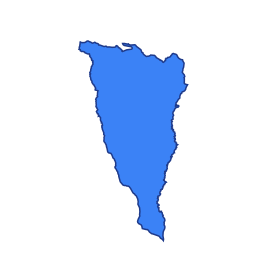 Brezoi, Vâlcea, Romania (Mercator projection), rotated 205°
{"feature_id": "2599482B31107068375666", "entity_name": "Brezoi", "entity_type": "district", "adm_level": 2, "iso_a3": "ROU", "parent_name": "Romania", "parent_adm1": "Vâlcea", "projection": "mercator", "projection_center": [24.205, 45.404], "detail": "fine", "context": "isolated", "style": "filled", "palette": "blue", "viewbox_px": 256, "rotation_deg": 205, "n_neighbors": 0, "source": "geoboundaries", "source_scale": "gbopen_adm2", "svg_char_len": 5757}
<svg xmlns="http://www.w3.org/2000/svg" viewBox="0 0 256 256"><g transform="rotate(205 128 128)"><path d="M194.3,191.7L195.2,190.6L196.2,189.8L198.3,190.1L198.9,189.9L201.0,190.0L201.9,189.4L202.8,187.7L203.8,186.9L206.0,185.8L207.6,185.8L207.4,184.8L206.8,183.7L206.8,183.0L206.2,181.6L206.4,180.8L205.7,179.5L205.7,178.6L204.3,178.8L203.9,177.9L202.4,177.7L201.3,178.3L199.5,178.5L198.9,178.0L195.9,178.1L194.3,178.8L193.9,178.0L193.3,177.8L192.9,176.8L190.5,175.5L190.0,175.0L190.0,174.5L189.5,174.3L189.3,173.9L188.4,174.1L188.3,173.7L187.7,173.1L187.8,172.6L187.3,172.1L186.7,170.8L187.0,169.7L186.8,168.8L187.1,168.1L186.9,167.4L186.5,166.8L186.6,165.6L186.2,164.8L186.0,163.9L185.9,163.0L186.1,162.2L185.5,161.5L185.0,161.3L185.3,161.0L185.0,160.6L185.1,160.3L184.6,160.0L184.4,158.8L183.6,158.4L182.0,156.0L180.5,155.2L179.9,154.0L177.6,152.6L176.7,152.5L176.5,152.1L174.1,150.4L174.2,149.4L173.8,148.6L171.0,149.1L170.5,147.0L169.6,144.9L169.6,144.3L168.8,143.6L169.4,142.0L169.4,140.3L168.5,139.6L168.4,138.6L167.4,137.3L167.2,136.5L166.6,135.8L166.0,133.7L165.1,133.5L164.6,132.8L163.1,131.8L163.2,131.0L163.5,130.4L163.6,129.5L162.4,128.7L161.9,128.1L161.2,128.3L160.4,127.2L159.7,127.1L159.7,126.2L159.2,126.6L157.3,125.8L156.4,123.7L155.6,122.8L154.7,122.4L154.4,121.4L153.9,121.6L152.9,120.6L152.2,119.5L152.2,119.2L152.6,118.9L152.3,118.6L152.2,117.8L151.2,117.1L151.1,116.4L147.9,113.4L147.3,111.9L146.0,111.2L145.7,109.1L145.2,108.4L144.4,106.1L143.9,105.5L142.5,104.9L141.6,104.1L140.7,103.6L140.1,102.6L139.7,102.3L139.5,101.8L138.5,100.8L136.3,97.8L135.1,97.3L132.8,97.8L131.0,96.6L128.9,94.5L127.4,94.1L126.9,93.7L126.7,93.3L125.9,92.8L124.3,91.1L123.7,89.5L123.1,88.7L123.1,87.8L123.3,87.9L123.4,87.4L123.0,86.5L121.1,85.5L119.8,84.3L119.1,84.2L117.7,82.3L116.5,81.4L115.8,80.1L112.3,76.0L108.5,74.2L107.0,74.3L105.8,74.9L104.5,74.9L103.3,75.4L102.3,75.4L100.3,74.4L96.3,71.5L95.2,71.0L94.3,71.1L93.2,70.3L91.8,70.0L89.2,67.8L87.6,65.5L86.8,63.1L83.8,60.6L81.9,57.3L80.9,54.4L80.1,53.2L80.2,49.8L79.9,47.5L79.2,46.5L77.7,45.8L77.1,46.0L76.6,45.8L74.9,45.7L74.0,44.9L72.5,42.9L68.4,43.7L67.8,44.1L66.4,43.9L64.6,42.8L61.9,42.2L60.6,42.5L54.5,43.1L53.6,42.9L52.0,41.9L49.8,41.6L48.4,40.9L48.8,42.3L50.7,44.9L52.1,48.4L52.3,50.0L52.2,52.1L52.7,53.9L53.4,54.8L53.8,54.9L54.4,55.6L55.0,57.3L55.4,57.5L55.5,58.4L55.4,59.4L55.6,60.0L56.5,61.2L59.2,62.7L59.4,63.0L59.2,63.7L60.3,64.3L61.4,65.8L62.4,65.8L62.6,66.6L63.0,66.5L63.1,66.0L63.6,65.4L64.8,65.8L64.9,66.3L65.5,66.8L65.9,67.7L66.5,68.2L66.2,68.7L66.4,69.0L66.7,69.1L67.1,68.7L67.9,69.3L68.0,70.5L67.8,70.9L67.3,71.1L67.6,71.6L69.8,71.9L70.2,73.1L70.6,73.4L70.5,74.0L70.0,74.7L70.3,75.5L70.3,76.0L70.8,76.5L71.4,76.6L71.1,77.5L71.7,77.6L72.0,78.1L71.8,78.6L72.0,78.9L70.8,80.0L70.6,82.0L71.7,82.4L72.0,84.2L71.6,85.1L72.2,85.8L71.5,86.8L71.1,87.0L71.3,87.5L71.1,88.4L71.4,89.4L71.8,89.8L71.3,90.5L71.6,91.7L71.3,92.2L71.0,92.3L71.2,92.9L70.9,93.4L71.0,94.5L70.4,95.0L71.0,95.3L71.9,94.9L72.9,95.9L73.6,95.7L73.8,95.9L73.8,96.2L73.5,96.6L73.5,97.7L73.6,98.1L73.9,98.3L73.7,99.0L74.2,99.7L74.2,100.6L75.1,101.6L75.1,102.3L75.7,102.5L75.3,103.2L76.3,104.1L76.2,104.4L75.5,104.7L75.1,105.2L75.2,105.9L75.5,106.1L75.2,107.7L75.8,108.5L76.2,109.5L76.3,110.2L77.0,110.4L77.2,110.8L76.5,111.5L76.8,112.1L76.7,112.7L77.0,113.7L76.3,114.4L76.3,115.3L75.8,116.2L75.9,117.4L76.2,118.5L76.0,119.5L76.4,119.8L77.1,119.8L77.2,120.1L76.1,120.8L76.8,121.3L76.7,122.0L77.0,122.4L76.2,123.4L76.1,124.8L75.4,125.2L76.4,126.5L76.3,128.2L75.7,129.2L75.8,129.6L76.2,129.9L76.2,130.2L75.7,130.9L76.3,131.3L76.3,131.8L76.7,132.3L76.4,132.7L76.4,133.2L76.0,133.8L77.5,133.8L77.6,134.8L78.4,135.0L78.8,135.5L79.8,135.3L80.2,135.6L80.4,136.2L80.3,136.7L80.5,137.0L80.2,137.4L80.3,137.8L80.7,138.3L81.5,138.2L81.7,139.4L82.5,139.7L82.4,140.0L81.9,140.4L81.8,141.0L82.9,141.7L82.8,142.1L83.1,142.5L83.1,143.1L83.6,143.3L84.0,144.0L85.2,143.9L85.5,144.7L85.8,145.0L86.3,144.8L86.4,145.2L86.2,145.7L86.4,145.8L88.1,145.7L87.8,146.8L88.7,147.1L88.9,147.4L88.6,148.0L89.2,148.2L88.9,149.2L90.1,150.0L90.4,151.2L91.0,151.6L91.1,151.9L90.7,152.7L91.9,153.3L91.7,154.1L90.9,155.1L92.2,157.1L92.0,158.6L92.1,158.9L93.4,159.9L93.9,161.5L93.6,162.6L93.5,164.3L93.7,164.8L93.1,166.7L91.3,168.3L91.5,168.9L91.2,169.4L91.9,169.7L92.9,169.2L94.2,167.9L94.6,169.0L94.2,169.7L94.6,169.8L95.1,171.3L94.7,172.3L94.4,175.6L94.0,176.1L93.7,177.0L94.5,178.8L94.7,181.4L94.0,182.0L94.2,182.7L94.1,183.7L93.0,184.7L92.3,185.9L92.1,187.6L92.4,188.4L92.5,190.0L92.3,192.4L94.6,191.9L96.1,192.5L96.3,193.3L97.8,196.6L98.6,197.5L98.3,198.2L98.3,198.7L99.7,200.1L100.4,200.3L102.4,201.5L102.7,203.6L103.2,204.7L103.3,206.6L104.6,210.5L106.5,211.8L107.4,212.9L109.2,212.4L111.5,212.7L112.9,213.4L114.7,214.9L116.0,215.1L116.8,214.8L118.5,214.7L119.2,213.9L119.2,213.0L119.7,211.8L119.7,210.6L121.0,209.1L121.7,208.9L121.9,208.1L122.3,207.5L123.0,207.2L122.9,206.7L123.2,206.2L122.8,205.8L122.5,204.9L123.2,204.2L123.3,203.2L123.8,202.4L124.5,202.5L125.4,203.2L126.4,203.1L127.0,203.4L127.1,203.1L127.6,203.0L128.5,203.4L132.3,203.8L133.0,204.5L134.7,205.0L138.3,203.7L138.6,202.9L139.9,201.6L140.7,201.3L141.3,200.7L142.3,200.7L144.9,201.3L145.8,201.8L146.3,202.5L147.4,202.4L149.4,204.4L154.7,205.5L156.2,206.3L157.0,206.3L160.8,204.2L162.6,204.1L163.3,204.4L163.9,203.8L167.0,203.1L168.6,202.3L167.7,201.5L166.3,201.2L159.2,203.0L158.4,202.7L157.9,202.1L157.9,201.2L158.3,200.8L162.1,198.4L165.3,195.0L165.8,195.0L166.1,195.9L166.7,195.9L167.7,196.5L168.3,196.4L169.3,197.0L170.6,196.8L171.6,197.6L173.0,197.9L173.6,197.3L173.4,196.5L174.2,195.6L176.5,194.4L179.1,193.6L181.1,192.6L182.5,192.9L184.1,191.7L188.5,191.3L189.4,190.8L190.2,191.6L191.3,191.7L192.7,191.4L194.3,191.7Z" fill="#3b82f6" stroke="#1e3a8a" stroke-width="1.5"/></g></svg>